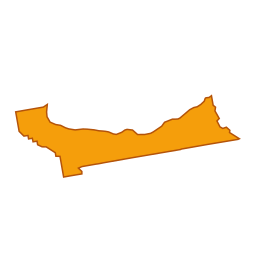 Multnomah, Oregon, United States of America (Equal Earth projection), rotated 350°
{"feature_id": "52423323B6223191641885", "entity_name": "Multnomah", "entity_type": "district", "adm_level": 2, "iso_a3": "USA", "parent_name": "United States of America", "parent_adm1": "Oregon", "projection": "equal_earth", "projection_center": [-122.428, 45.581], "detail": "fine", "context": "isolated", "style": "filled", "palette": "amber", "viewbox_px": 256, "rotation_deg": 350, "n_neighbors": 0, "source": "geoboundaries", "source_scale": "gbopen_adm2", "svg_char_len": 1338}
<svg xmlns="http://www.w3.org/2000/svg" viewBox="0 0 256 256"><g transform="rotate(350 128 128)"><path d="M56.1,165.1L57.1,165.1L58.1,165.1L63.6,165.1L74.6,165.2L75.0,162.8L72.2,158.9L76.0,158.0L83.8,158.0L84.7,158.0L90.2,158.0L92.1,158.1L94.2,158.1L98.2,158.0L126.2,158.0L176.1,158.3L176.9,158.0L204.0,158.0L234.3,158.3L235.8,157.9L227.2,150.1L227.9,148.0L225.0,144.3L221.3,144.9L218.8,142.9L216.8,136.5L219.5,134.5L216.6,126.3L217.8,122.7L215.8,120.4L215.8,110.7L213.2,112.0L210.0,111.8L209.2,112.2L207.7,114.9L204.6,116.9L203.9,117.4L199.9,119.1L196.3,119.3L192.0,120.7L180.9,127.2L178.8,127.8L176.1,127.5L175.5,127.4L173.3,127.0L165.0,128.7L161.5,132.1L152.3,136.2L149.6,137.1L148.9,137.2L143.4,137.3L136.3,136.1L132.1,130.8L126.8,129.2L124.5,129.5L122.7,130.4L120.9,131.2L115.4,132.3L112.5,131.3L108.4,128.6L107.5,128.2L105.0,127.3L102.5,126.6L98.9,125.7L94.2,123.9L93.8,123.8L87.7,122.1L86.8,121.9L83.6,121.2L75.6,120.7L69.5,118.6L66.4,116.9L62.1,113.7L57.3,112.0L52.6,108.9L52.3,108.7L50.2,102.9L50.6,98.1L52.6,90.8L48.3,92.7L20.2,92.6L20.2,112.4L24.1,117.9L28.2,118.0L28.2,121.5L32.0,121.5L32.1,125.1L36.1,125.2L36.1,128.8L40.1,131.6L44.2,132.4L48.2,136.1L52.1,139.7L52.1,143.3L56.1,144.1L56.1,146.3L56.1,147.0L56.1,150.6L56.1,151.0L56.1,156.4L56.1,163.8L56.1,165.1Z" fill="#f59e0b" stroke="#b45309" stroke-width="1.5"/></g></svg>